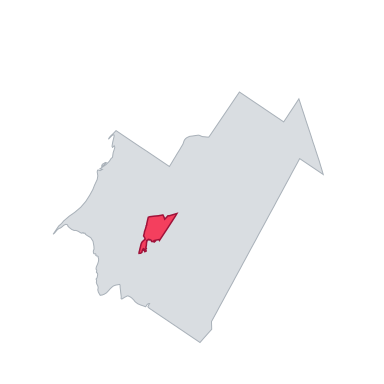 location of Tijigja, Tagant, Mauritania, rotated 34°
{"feature_id": "47542326B404198781259", "entity_name": "Tijigja", "entity_type": "district", "adm_level": 2, "iso_a3": "MRT", "parent_name": "Mauritania", "parent_adm1": "Tagant", "projection": "equal_earth", "projection_center": [-11.566, 18.518], "detail": "fine", "context": "in_parent", "style": "filled", "palette": "rose", "viewbox_px": 384, "rotation_deg": 34, "n_neighbors": 0, "source": "geoboundaries", "source_scale": "gbopen_adm2", "svg_char_len": 4721}
<svg xmlns="http://www.w3.org/2000/svg" viewBox="0 0 384 384"><g transform="rotate(34 192 192)"><path d="M170.8,327.6L170.4,327.4L168.6,325.8L167.8,323.9L166.4,322.5L164.5,321.5L163.2,320.4L162.7,319.2L162.0,318.3L161.2,317.9L161.1,317.5L161.3,316.9L161.1,315.7L160.0,313.2L159.0,312.1L158.1,312.3L157.6,312.0L157.3,311.4L157.1,310.6L156.5,309.9L155.5,309.6L154.6,307.7L154.0,304.3L153.2,301.7L152.1,299.8L151.4,299.1L150.9,298.9L150.7,298.6L150.5,298.1L149.7,297.9L148.6,298.4L147.6,298.3L147.1,297.3L146.4,297.2L145.5,298.0L144.6,297.8L143.5,296.6L142.9,295.4L142.8,294.2L141.0,291.8L137.5,288.2L133.6,286.5L129.5,286.7L127.1,286.6L126.6,286.0L126.1,286.0L125.6,286.7L125.0,286.8L124.5,286.5L124.1,286.8L123.9,287.7L122.5,288.1L119.7,288.2L117.4,288.7L115.7,289.8L113.2,290.3L110.1,290.1L108.2,289.7L107.6,289.1L106.7,288.9L105.5,289.3L104.4,291.1L103.5,294.3L102.7,296.1L102.1,296.5L101.4,298.9L101.0,302.9L100.5,304.7L100.5,294.7L101.5,291.0L101.8,287.7L103.8,280.5L106.1,274.6L108.3,266.8L109.2,259.2L109.0,251.8L108.4,245.3L107.4,240.9L106.4,234.6L104.9,231.3L102.2,228.4L101.5,226.7L102.2,226.1L103.9,225.7L105.0,223.4L102.7,224.3L105.4,217.4L106.3,212.7L106.2,209.6L106.7,207.7L104.7,203.6L103.2,198.4L102.4,197.6L101.6,197.2L101.5,198.4L101.1,199.5L100.1,198.8L98.4,195.0L96.1,188.9L95.2,188.3L94.5,189.1L94.1,189.9L93.2,195.0L93.0,193.0L93.3,190.6L94.0,187.7L94.7,183.6L96.8,183.6L100.5,183.6L108.0,183.6L111.7,183.6L119.2,183.6L122.9,183.6L130.4,183.5L134.1,183.5L141.6,183.5L145.3,183.5L152.8,183.5L156.5,183.5L159.0,183.5L158.9,180.6L158.8,178.3L158.6,175.2L158.5,172.1L158.3,169.1L158.2,166.2L158.1,163.3L157.9,160.6L157.8,158.2L157.6,156.8L156.8,154.0L156.7,152.6L156.9,151.1L157.4,149.7L158.9,147.2L161.1,145.3L163.6,143.0L165.5,141.3L166.5,140.9L169.6,140.3L171.9,139.0L174.2,137.8L175.2,137.1L175.3,134.7L175.4,82.6L186.7,82.6L189.7,82.6L210.6,82.6L213.6,82.6L228.8,82.6L228.8,80.1L228.8,76.6L228.7,71.8L228.7,67.0L228.6,58.6L228.5,55.0L231.6,57.4L237.6,62.1L240.6,64.4L246.7,69.2L252.8,73.9L258.9,78.6L261.9,81.0L264.9,83.4L268.0,85.7L271.0,88.1L277.2,92.9L279.7,94.8L283.7,98.1L287.3,101.0L291.0,104.1L285.4,104.1L277.9,104.1L272.8,104.1L267.5,104.1L262.6,104.1L263.1,109.0L263.6,114.3L264.1,119.7L264.7,125.1L265.2,130.5L266.8,146.6L267.3,152.0L267.9,157.4L268.4,162.9L268.9,168.3L270.0,179.1L270.5,184.6L271.0,190.0L271.6,195.4L272.1,200.9L272.6,206.3L273.7,217.2L274.2,222.7L274.8,228.2L275.3,233.7L275.8,239.1L276.4,244.6L276.9,250.1L277.4,255.6L278.5,266.6L279.0,272.1L279.6,277.6L280.1,283.1L280.6,288.5L282.6,291.3L285.1,294.8L284.4,299.8L283.6,305.8L282.8,312.3L275.9,312.3L269.1,312.3L252.3,312.3L248.9,312.3L232.0,312.3L228.7,312.3L222.1,312.3L220.2,312.1L219.5,311.6L219.2,308.2L218.7,308.5L218.0,309.5L217.7,310.5L217.8,311.9L217.7,313.1L215.5,313.6L212.6,314.4L209.5,315.0L206.4,314.8L205.3,314.5L204.2,314.1L201.7,313.6L200.4,313.5L198.8,313.6L197.0,313.9L196.4,314.5L195.0,317.0L193.7,320.0L192.8,320.0L191.9,318.4L189.2,315.3L185.9,311.4L184.4,309.4L183.7,309.1L182.1,310.6L180.8,311.9L179.4,313.8L178.8,315.7L178.3,317.9L178.0,320.4L177.5,323.4L176.4,325.8L175.1,327.7L174.1,328.5L173.7,329.0L170.8,327.6ZM103.9,219.2L102.9,221.3L102.4,220.5L102.2,219.1L103.2,217.1L103.6,216.0L104.5,215.6L103.9,219.2Z" fill="#d9dde1" stroke="#a8b0b8" stroke-width="1"/><path d="M169.9,237.4L170.8,239.9L172.3,243.7L172.5,244.0L173.0,244.8L172.8,245.3L173.3,246.4L174.0,248.5L174.6,250.7L174.8,251.5L175.5,252.9L176.4,255.5L177.9,256.1L179.5,257.2L179.5,257.4L178.9,259.7L178.6,261.4L178.6,261.8L178.8,263.2L179.4,265.0L179.7,265.7L180.1,266.8L180.7,268.5L181.2,269.6L181.5,270.7L182.0,271.9L182.4,272.5L183.5,271.6L183.7,271.4L184.1,270.3L184.2,269.9L184.0,269.5L183.8,269.2L183.7,269.1L183.6,268.7L184.1,267.4L183.2,267.1L183.6,266.0L184.1,266.0L184.3,266.1L184.6,266.2L185.0,266.6L185.3,267.3L185.6,267.4L186.1,267.9L186.5,267.5L187.0,266.8L186.8,266.5L186.7,266.2L186.2,265.8L185.9,265.5L185.5,265.1L185.7,264.3L184.9,263.8L184.6,263.6L184.5,263.1L184.4,263.0L184.3,262.4L184.1,262.0L183.5,260.9L183.0,260.1L182.8,259.6L182.5,259.3L182.4,258.7L182.4,258.4L182.1,258.1L181.6,257.8L181.6,257.4L181.9,257.1L182.1,256.8L182.3,255.7L183.1,255.8L183.4,255.7L183.5,255.5L183.6,255.0L185.4,254.9L185.5,255.1L186.0,255.5L186.3,255.6L186.7,255.4L187.7,254.5L187.9,254.4L188.4,254.7L188.7,254.6L188.9,253.8L188.2,254.1L187.9,254.0L187.7,253.8L187.7,253.6L187.9,253.3L189.8,251.3L191.1,250.0L191.2,249.9L191.4,250.0L192.1,250.4L192.0,237.4L191.9,231.6L191.7,221.3L191.5,218.3L186.3,224.6L185.4,225.1L184.6,229.8L182.6,228.3L182.2,228.1L180.7,227.3L178.9,229.1L178.1,229.8L177.6,230.4L174.1,233.2L171.5,235.5L171.0,235.9L170.2,236.9L169.9,237.4Z" fill="#f43f5e" stroke="#9f1239" stroke-width="1.5"/></g></svg>